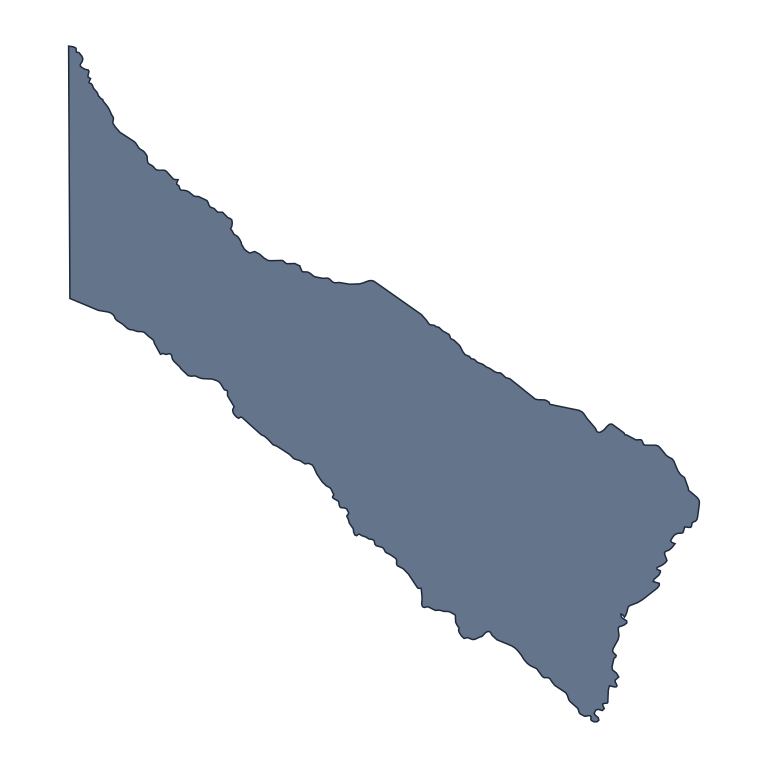 the border of Formosa
{"feature_id": "ARG-1307", "entity_name": "Formosa", "entity_type": "Province", "adm_level": 1, "iso_a3": "ARG", "parent_name": "Argentina", "parent_adm1": "", "projection": "robinson", "projection_center": [-59.89, -24.679], "detail": "fine", "context": "isolated", "style": "filled", "palette": "slate", "viewbox_px": 768, "rotation_deg": 0, "n_neighbors": 0, "source": "natural_earth", "source_scale": "10m", "svg_char_len": 6069}
<svg xmlns="http://www.w3.org/2000/svg" viewBox="0 0 768 768"><path d="M68.6,46.1L73.3,46.8L75.7,47.9L76.1,48.6L76.2,51.1L76.5,52.2L78.9,52.5L81.9,56.2L82.9,58.9L82.2,61.5L80.3,64.3L80.4,66.2L82.1,67.7L85.4,69.4L88.3,70.0L89.0,71.5L88.1,74.9L88.0,76.9L90.6,78.6L88.9,82.2L89.5,83.1L91.3,83.6L92.2,84.9L93.6,88.3L97.2,92.5L98.6,96.2L99.5,96.7L99.6,97.3L100.8,98.4L102.1,99.3L102.7,99.4L103.2,101.2L107.2,106.1L109.2,109.3L111.7,114.9L113.2,117.2L113.5,118.7L112.8,122.3L113.2,123.7L115.0,126.6L119.8,132.2L134.5,141.8L135.6,142.9L138.6,147.6L140.1,149.1L143.1,150.9L144.5,152.2L146.8,155.5L147.2,157.3L147.3,160.2L147.9,162.8L149.4,164.2L151.3,165.1L153.2,166.5L155.2,168.9L156.3,169.7L158.1,170.2L164.4,170.2L166.3,171.2L173.0,178.7L174.1,179.4L178.1,179.7L176.8,182.7L176.7,184.3L178.8,185.7L180.1,189.3L181.3,190.2L184.1,190.3L186.6,190.8L188.7,191.8L193.6,195.8L195.4,196.4L198.5,196.5L207.0,200.6L208.1,202.6L208.9,205.0L210.3,207.1L214.2,208.5L216.7,211.3L218.0,212.2L222.5,212.2L227.9,217.7L230.1,218.5L231.8,219.8L232.3,222.9L231.8,226.4L230.6,228.9L231.8,230.3L234.1,234.4L237.6,236.5L239.7,239.4L241.3,242.6L241.5,244.6L242.3,245.5L244.2,248.9L245.5,250.2L249.6,253.1L254.7,251.5L259.5,254.1L264.0,258.0L267.8,260.4L270.5,260.7L282.0,260.4L283.3,260.9L286.0,263.4L287.3,263.7L294.9,263.5L298.6,265.4L299.8,265.7L300.0,266.6L302.1,271.5L302.8,271.8L307.6,272.0L310.0,273.2L314.3,276.6L322.5,278.3L327.2,278.1L328.3,278.3L329.8,279.2L332.3,281.7L333.8,282.5L335.0,282.8L339.2,282.5L349.5,284.2L359.4,283.9L362.5,283.1L368.7,280.8L371.4,280.5L373.8,281.1L421.3,314.5L426.3,320.1L428.6,323.4L429.6,324.4L430.9,324.9L434.2,325.3L436.4,326.8L438.9,327.3L442.8,331.0L448.6,334.2L449.4,334.9L450.7,338.6L453.9,340.1L459.0,344.9L460.2,346.4L462.9,351.8L465.1,354.7L469.4,356.4L471.1,358.6L474.4,359.4L477.3,362.3L482.8,364.3L486.5,367.1L489.6,368.3L494.6,371.7L497.2,372.7L500.5,372.9L501.7,373.8L505.7,377.6L509.8,378.7L535.1,399.0L537.8,399.7L544.5,399.9L546.4,400.5L548.4,401.8L549.2,402.4L549.5,403.6L550.2,404.4L579.2,410.4L582.2,412.0L583.8,413.7L586.9,418.3L595.4,428.3L596.6,431.0L597.3,431.9L598.9,432.4L600.4,432.2L603.7,430.1L607.4,426.0L609.6,424.2L612.0,424.1L623.9,432.8L625.2,435.1L626.8,435.0L635.9,439.9L640.2,439.7L641.4,439.9L642.3,441.2L643.6,444.5L645.4,445.2L655.9,445.2L658.5,446.2L660.3,448.0L666.1,455.2L668.1,456.7L672.2,458.9L673.7,460.8L677.9,470.8L680.5,474.6L684.5,477.6L688.4,488.4L688.5,490.2L696.6,497.0L698.4,499.1L699.3,501.1L699.4,503.6L697.6,516.9L696.9,519.6L695.4,521.3L693.6,521.8L692.1,522.9L691.5,526.4L690.6,527.4L688.6,527.4L684.7,526.9L683.2,532.2L682.0,533.1L677.9,533.3L675.1,534.5L673.4,536.2L670.6,540.6L671.4,541.9L672.5,542.7L675.1,543.7L671.5,548.1L668.9,550.2L666.5,551.0L664.5,552.3L665.0,555.3L667.0,560.5L665.5,562.6L662.8,564.7L660.1,566.2L657.3,567.3L656.9,568.4L657.3,569.5L660.3,570.7L660.4,572.2L658.8,575.2L654.2,579.2L653.2,581.5L659.3,583.4L659.3,585.4L657.5,587.9L642.3,599.8L637.9,602.5L629.4,605.8L628.1,607.2L626.8,612.4L625.6,615.5L624.4,617.2L623.2,615.2L620.9,614.1L621.2,616.8L622.7,618.4L626.7,620.9L626.8,623.0L624.5,624.8L621.5,626.1L619.4,626.6L618.4,627.7L618.3,630.2L619.0,635.1L618.6,637.6L618.0,639.8L613.5,647.9L612.6,650.4L613.1,652.3L616.2,655.4L615.8,657.0L613.9,658.5L612.0,667.1L612.5,669.7L613.2,670.5L616.2,672.8L618.8,677.0L615.2,680.1L615.2,681.9L616.6,684.5L617.0,685.9L616.3,686.8L614.8,687.0L610.6,686.1L610.0,685.6L609.5,685.8L608.9,687.5L608.3,690.4L607.8,702.4L607.3,703.1L604.8,703.3L602.6,704.0L602.8,705.5L604.3,708.5L602.5,710.5L597.9,709.4L595.8,710.1L594.1,713.5L595.7,715.6L598.1,717.5L598.9,720.1L597.2,721.7L594.2,721.9L591.4,720.5L591.0,719.9L590.8,718.9L591.1,716.9L590.2,715.8L588.3,715.6L586.1,716.3L584.5,716.2L580.3,714.0L579.2,712.6L577.9,708.5L570.3,701.8L568.8,699.8L567.4,695.4L565.7,692.7L554.9,685.5L552.2,682.2L549.9,678.7L547.7,677.6L544.2,677.7L543.2,677.1L542.1,676.2L536.7,668.7L530.4,665.7L527.3,663.4L524.0,659.6L521.4,655.3L518.1,651.1L515.5,648.4L511.8,645.9L497.0,639.8L492.2,635.4L490.2,632.1L489.5,631.7L488.1,631.5L486.4,632.1L485.3,632.9L482.3,636.2L478.8,637.5L474.8,639.4L472.3,639.5L467.9,637.7L466.8,637.7L464.7,638.4L464.0,638.4L461.6,636.1L459.3,632.7L458.7,630.9L458.6,629.6L459.0,629.1L459.0,628.1L456.8,624.7L455.7,622.3L455.4,617.9L455.5,616.2L455.3,615.4L454.5,614.5L450.1,612.1L448.4,611.5L443.8,611.4L439.5,610.1L435.3,610.4L428.3,606.9L426.8,606.8L424.8,607.5L423.2,607.1L422.5,606.5L421.7,604.2L422.1,598.1L421.2,588.3L418.9,588.4L418.0,588.2L417.3,587.5L408.5,574.2L403.2,568.7L397.5,565.8L396.9,565.0L396.5,563.6L396.6,559.9L395.7,558.4L390.3,554.7L385.9,552.5L385.2,551.7L383.9,549.0L382.5,547.5L376.2,545.7L374.9,544.2L374.3,541.5L373.9,540.5L373.2,539.9L371.8,539.4L368.7,538.9L365.9,537.0L361.8,535.7L359.5,534.2L358.2,534.4L356.6,535.7L354.9,535.0L353.7,532.3L353.2,528.7L349.3,523.1L348.4,519.5L346.9,516.6L346.8,515.8L348.2,514.3L348.6,512.8L347.9,511.2L347.1,509.9L346.9,509.0L344.6,508.0L341.1,507.7L340.3,507.3L339.7,506.5L339.2,505.1L338.8,502.0L338.3,501.2L333.0,498.1L332.5,497.0L332.7,496.3L333.6,495.3L333.7,494.6L330.9,488.8L329.6,487.5L326.4,485.9L322.3,482.0L317.3,474.7L316.2,472.7L314.4,468.5L312.5,465.2L309.3,463.6L308.1,463.4L305.0,463.9L300.3,460.8L294.3,458.9L293.4,458.3L289.7,454.5L276.9,446.2L273.0,444.7L267.9,439.2L264.4,436.2L261.9,435.1L260.5,434.1L242.1,417.5L240.8,417.0L238.6,418.3L236.6,417.1L234.0,414.3L233.0,412.2L232.7,410.4L232.8,409.3L234.1,406.7L228.2,396.9L227.5,395.4L227.5,391.1L227.0,390.6L224.9,390.0L224.0,389.3L220.4,383.4L219.1,382.0L217.2,380.8L212.2,379.1L202.3,378.6L199.7,377.9L195.1,375.9L190.9,376.2L188.1,375.6L181.0,368.8L179.2,366.3L173.9,361.3L172.3,358.9L171.7,355.6L171.0,354.5L170.3,354.0L169.0,353.7L166.7,354.4L165.7,354.4L162.7,353.4L160.9,354.4L160.3,354.1L154.5,343.5L153.6,340.6L152.8,339.6L148.6,336.4L144.2,332.3L142.3,331.7L137.3,331.5L132.3,329.8L129.7,329.6L127.6,328.6L122.7,324.2L116.9,320.5L115.0,318.4L114.5,316.6L113.3,315.0L111.1,313.1L108.1,312.0L98.4,310.4L69.9,298.5L68.6,46.1Z" fill="#64748b" stroke="#1e293b" stroke-width="1.5"/></svg>